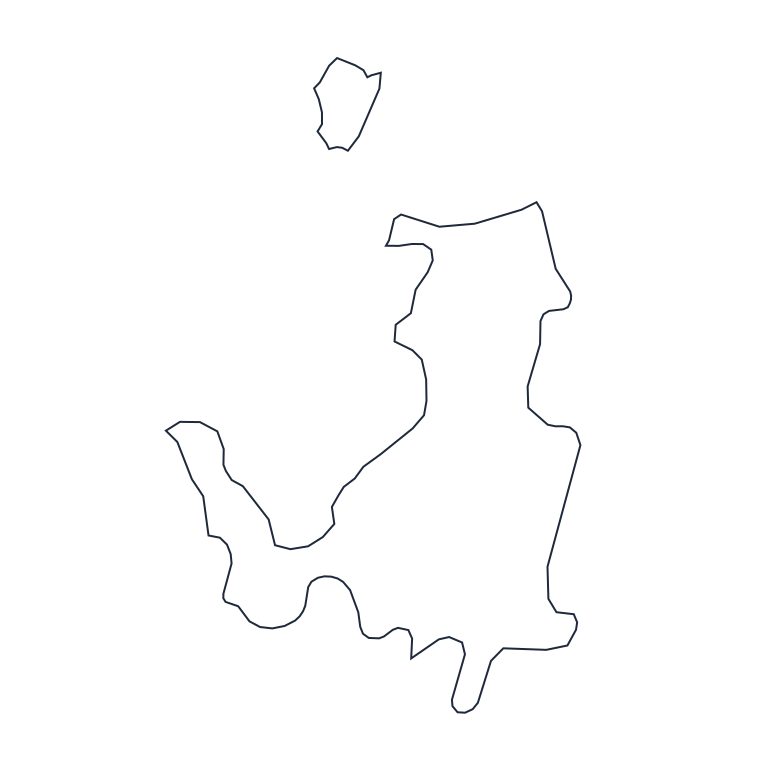 outline of Napoli, rotated 95°
{"feature_id": "ITA-5397", "entity_name": "Napoli", "entity_type": "Province", "adm_level": 1, "iso_a3": "ITA", "parent_name": "Italy", "parent_adm1": "", "projection": "robinson", "projection_center": [14.319, 40.794], "detail": "fine", "context": "isolated", "style": "outline", "palette": "slate", "viewbox_px": 768, "rotation_deg": 95, "n_neighbors": 0, "source": "natural_earth", "source_scale": "10m", "svg_char_len": 1908}
<svg xmlns="http://www.w3.org/2000/svg" viewBox="0 0 768 768"><g transform="rotate(95 384 384)"><path d="M550.2,545.6L511.6,554.3L495.6,567.1L459.8,584.8L449.5,597.2L439.5,584.0L438.0,564.0L445.7,545.9L462.8,538.0L478.5,536.9L484.5,533.9L493.0,527.3L498.1,515.7L529.0,487.1L554.1,478.5L556.7,462.8L552.3,445.5L541.8,431.6L527.7,421.3L511.0,425.2L498.6,419.5L490.0,415.1L480.7,404.9L468.2,397.3L454.4,381.4L425.8,351.6L411.6,341.4L397.2,340.2L375.8,342.4L356.4,348.5L347.9,358.6L340.7,377.2L324.0,377.5L311.1,363.4L287.3,360.7L268.8,350.2L256.6,346.2L246.1,348.6L241.2,357.2L242.1,368.5L245.1,381.2L246.1,394.1L240.4,391.5L218.9,388.3L213.7,381.8L222.5,342.5L216.4,307.6L198.4,262.2L189.6,247.9L198.2,241.6L254.3,223.0L275.6,206.6L279.6,205.3L283.6,205.1L287.6,206.0L291.5,207.6L293.9,211.8L296.8,226.0L300.7,231.2L307.7,233.6L330.7,232.0L373.9,240.7L395.0,238.2L410.3,217.3L411.2,209.4L410.5,202.1L411.0,195.1L415.8,188.2L427.8,183.0L551.8,205.2L583.7,201.5L596.3,192.3L596.8,174.9L604.6,170.8L612.1,171.3L628.5,178.5L634.7,199.2L636.9,242.1L650.5,253.3L693.4,262.7L700.2,267.3L704.4,274.6L704.6,282.1L699.0,287.7L692.6,288.8L646.2,279.8L634.7,283.7L630.4,297.1L633.6,307.1L655.0,333.0L635.1,333.8L627.0,338.3L625.7,348.8L628.1,353.8L635.5,362.0L637.8,366.7L638.3,377.0L634.6,383.2L628.0,386.5L613.7,389.7L592.3,399.8L584.8,407.4L581.8,413.2L580.5,419.8L580.8,426.6L582.8,433.0L587.3,439.1L593.0,441.8L611.7,443.1L617.4,444.8L622.7,447.7L627.4,451.9L633.7,461.9L637.2,473.9L636.9,486.3L632.2,497.3L618.1,509.9L614.9,522.8L611.4,525.4L606.9,525.7L576.1,520.2L566.8,521.9L557.7,526.4L551.4,534.1L550.2,545.6ZM138.2,472.2L130.5,468.4L118.7,469.5L105.9,473.8L95.5,479.4L89.1,474.2L71.7,466.4L63.4,459.2L69.0,440.5L73.2,431.8L79.9,427.3L77.6,423.6L74.2,414.3L90.1,414.3L139.5,430.7L154.8,440.3L152.3,446.2L152.1,451.7L154.7,459.2L149.1,462.5L138.2,472.2Z" fill="none" stroke="#1e293b" stroke-width="2"/></g></svg>